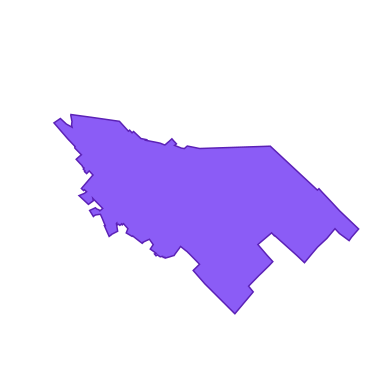 Hopelchén, Campeche, Mexico (Natural Earth projection), rotated 313°
{"feature_id": "50627088B35254539369817", "entity_name": "Hopelchén", "entity_type": "district", "adm_level": 2, "iso_a3": "MEX", "parent_name": "Mexico", "parent_adm1": "Campeche", "projection": "natural_earth1", "projection_center": [-89.782, 19.541], "detail": "fine", "context": "isolated", "style": "filled", "palette": "violet", "viewbox_px": 384, "rotation_deg": 313, "n_neighbors": 0, "source": "geoboundaries", "source_scale": "gbopen_adm2", "svg_char_len": 3464}
<svg xmlns="http://www.w3.org/2000/svg" viewBox="0 0 384 384"><g transform="rotate(313 192 192)"><path d="M146.1,65.3L146.1,65.9L146.1,66.1L146.0,66.5L146.0,67.3L145.5,75.4L145.1,75.4L144.2,76.5L144.0,80.9L143.8,85.1L143.8,85.7L142.2,85.5L141.8,85.5L141.6,85.4L137.5,85.0L137.2,85.0L136.9,85.0L136.7,88.1L136.5,90.6L136.4,92.5L136.4,93.7L135.8,94.6L135.9,95.8L135.9,96.7L134.6,96.8L134.4,99.4L133.6,99.5L133.6,102.4L137.3,102.5L136.9,108.0L135.3,108.0L133.8,108.1L131.6,108.2L131.4,108.2L130.7,108.2L129.4,108.3L128.3,108.3L127.4,108.4L126.3,108.4L125.2,108.5L124.1,108.5L123.1,108.6L122.1,108.6L121.5,108.6L120.7,108.7L119.1,108.7L119.1,111.7L120.3,111.7L120.3,114.7L117.6,114.2L112.3,111.8L112.3,124.7L118.3,125.8L119.7,123.8L119.6,125.2L119.3,132.8L119.1,137.9L115.4,137.5L115.5,135.9L115.2,135.4L114.6,133.8L114.6,132.1L108.7,129.7L106.8,136.6L108.0,136.7L109.4,137.1L112.3,139.4L113.2,140.3L112.4,142.2L112.3,142.5L112.2,142.8L112.0,143.1L111.8,143.7L111.2,145.0L110.5,146.5L108.8,150.2L108.3,151.4L108.2,151.3L107.6,150.9L107.3,151.7L107.2,151.9L105.5,155.8L103.0,161.7L105.7,162.2L105.9,162.0L112.6,164.4L117.4,158.2L118.0,158.2L116.8,159.7L118.3,160.3L118.4,162.0L120.8,162.3L120.4,163.4L120.5,163.4L122.2,163.6L122.0,164.7L121.5,170.1L118.5,171.3L117.2,171.8L118.3,176.7L118.7,178.5L119.4,178.6L119.5,179.9L119.7,181.9L119.8,183.1L120.0,185.5L120.3,188.5L120.5,190.6L121.7,190.7L121.7,190.4L125.1,191.7L128.4,193.1L127.1,199.3L127.1,199.5L123.7,200.1L121.8,200.4L122.2,203.4L122.7,207.5L121.1,206.8L120.8,209.2L122.4,209.6L122.6,210.6L122.6,211.1L122.7,211.5L122.9,212.9L123.0,213.0L123.5,213.4L123.9,213.7L124.0,213.7L124.7,214.3L124.9,214.5L124.7,214.9L124.5,215.6L125.4,216.4L125.6,216.5L125.8,216.8L125.5,217.4L125.4,217.5L126.7,218.3L127.9,219.0L129.2,219.8L131.7,221.2L132.7,221.8L133.3,222.2L134.2,222.1L135.1,221.9L136.0,221.8L136.9,221.7L139.5,221.4L140.4,221.3L142.3,221.1L142.6,221.0L144.4,220.8L144.8,226.4L144.8,226.5L145.1,229.3L145.0,230.2L145.0,231.7L144.5,242.8L144.4,244.8L144.3,246.8L142.4,246.7L140.6,246.6L139.6,246.6L138.7,246.5L137.8,246.5L136.8,246.4L135.4,246.4L133.6,264.0L132.2,305.6L132.2,306.4L139.7,306.0L160.7,304.9L161.7,297.6L176.4,297.9L181.5,298.2L191.3,298.6L196.2,298.6L196.9,290.2L198.5,276.0L216.4,278.1L216.1,282.1L216.5,282.1L216.6,286.9L217.1,311.9L217.0,322.5L228.8,321.8L237.3,321.4L250.0,322.3L262.7,321.6L262.2,328.1L263.6,340.1L267.7,339.5L278.6,339.1L278.9,313.0L279.9,298.8L280.6,287.3L281.0,282.6L278.9,282.4L278.9,267.9L278.9,261.7L278.9,253.9L278.9,249.5L278.9,218.0L275.9,215.0L275.0,214.1L250.8,189.8L229.1,168.0L228.5,167.1L226.3,163.5L222.4,157.2L221.0,157.0L220.6,157.0L219.4,156.9L219.1,156.8L218.6,156.8L216.9,154.4L216.4,153.1L216.2,152.5L214.2,147.5L216.6,147.8L216.8,145.5L216.8,144.7L217.2,141.0L213.2,140.7L212.6,140.6L212.0,140.6L211.8,140.5L211.5,140.5L211.0,140.4L210.1,140.4L209.8,140.4L209.6,140.3L209.0,140.2L207.9,140.1L207.7,139.7L207.3,138.8L207.1,138.3L207.1,138.2L207.0,137.9L206.8,137.5L206.4,136.4L206.1,135.8L205.9,135.2L205.6,134.8L205.4,134.4L205.1,134.0L204.9,133.5L204.6,133.1L204.4,132.7L204.1,132.3L203.9,131.9L203.6,131.5L203.5,131.2L203.4,131.1L198.2,122.8L199.2,122.9L196.3,118.2L196.4,108.0L194.4,107.8L194.7,104.2L193.1,104.0L194.2,90.7L178.1,67.6L168.2,53.6L166.1,50.6L165.3,51.2L161.5,56.4L160.6,56.9L158.8,58.3L157.6,60.1L156.0,53.8L156.0,52.5L156.0,45.6L148.4,43.9L147.9,48.8L147.3,54.1L146.1,65.3Z" fill="#8b5cf6" stroke="#5b21b6" stroke-width="1.5"/></g></svg>